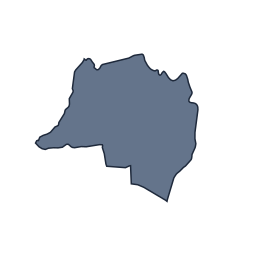 the border of Tlemcen, rotated 318°
{"feature_id": "DZA-2147", "entity_name": "Tlemcen", "entity_type": "Province", "adm_level": 1, "iso_a3": "DZA", "parent_name": "Algeria", "parent_adm1": "", "projection": "orthographic", "projection_center": [-1.349, 34.706], "detail": "fine", "context": "isolated", "style": "filled", "palette": "slate", "viewbox_px": 256, "rotation_deg": 318, "n_neighbors": 0, "source": "natural_earth", "source_scale": "10m", "svg_char_len": 2166}
<svg xmlns="http://www.w3.org/2000/svg" viewBox="0 0 256 256"><g transform="rotate(318 128 128)"><path d="M107.9,208.6L107.6,206.8L100.0,182.5L97.3,176.7L93.1,171.7L104.7,157.7L103.5,157.0L99.6,155.8L86.6,142.2L87.5,140.0L93.2,131.2L95.9,125.3L97.3,124.2L97.7,123.3L95.7,121.3L84.4,114.0L80.8,110.5L75.1,106.9L73.6,105.1L73.1,103.3L73.0,101.5L72.6,99.9L71.2,98.9L66.4,98.4L62.8,96.0L59.4,92.8L55.4,89.8L52.2,88.6L50.3,85.9L49.3,82.4L49.2,77.3L51.6,76.4L52.0,76.6L52.4,76.6L52.7,76.8L53.1,77.4L56.3,75.8L60.0,76.7L63.8,78.4L67.5,79.3L74.4,78.4L76.9,79.2L77.8,79.4L78.5,79.1L80.4,77.6L90.4,74.7L93.2,72.7L94.1,72.5L97.4,72.6L98.8,72.3L100.5,71.1L104.0,66.9L110.9,64.6L112.1,63.8L113.0,61.5L125.8,50.6L127.9,49.9L138.0,48.8L140.9,47.9L141.5,47.6L141.7,47.4L141.8,47.7L141.9,48.9L142.0,49.3L142.4,49.7L143.2,49.5L144.0,49.5L144.7,49.7L145.4,50.3L146.0,51.3L146.1,52.1L146.0,52.9L145.7,54.5L145.5,57.5L145.4,58.1L145.2,58.5L144.9,59.0L143.5,60.1L143.2,60.6L143.5,61.8L143.6,63.2L143.8,63.9L144.3,64.3L145.0,64.7L146.3,64.7L147.2,64.6L148.0,64.4L148.5,64.1L149.8,63.7L150.6,63.7L151.4,63.7L175.4,76.6L180.5,77.9L181.3,78.3L181.6,78.4L187.8,82.5L188.1,83.1L188.2,84.0L187.2,86.5L186.0,88.4L185.6,89.3L184.4,94.3L184.2,96.9L184.2,98.7L184.3,99.5L185.0,101.6L185.7,102.9L186.4,103.7L186.9,103.9L187.3,103.9L187.7,104.0L188.3,104.2L188.8,104.9L188.8,105.5L187.3,107.7L186.8,108.8L187.0,110.0L187.6,110.4L188.5,110.4L189.9,109.9L191.3,109.7L192.5,109.8L192.8,110.9L192.6,113.2L191.8,117.6L191.9,120.7L193.0,123.0L195.2,124.2L198.0,124.5L204.9,123.7L205.5,124.0L205.9,124.5L206.8,126.1L206.8,127.1L206.5,128.3L205.0,131.7L203.4,134.4L201.4,139.0L199.6,144.1L199.2,144.6L198.9,144.9L198.1,145.4L193.3,147.0L192.1,147.8L191.2,148.8L191.1,150.0L191.5,150.8L192.0,151.6L193.1,152.8L193.5,153.3L194.2,154.4L194.4,154.9L194.6,155.7L194.7,156.2L194.6,157.1L194.3,158.2L193.8,159.2L192.1,161.3L174.8,176.1L170.6,180.7L167.9,185.1L165.9,186.7L164.7,187.5L158.1,190.4L157.5,190.8L156.2,192.1L154.7,193.3L153.8,193.7L152.7,193.9L145.3,194.7L142.9,194.4L137.6,194.7L134.3,194.5L132.8,194.6L128.8,195.7L109.4,207.5L107.9,208.6Z" fill="#64748b" stroke="#1e293b" stroke-width="1.5"/></g></svg>